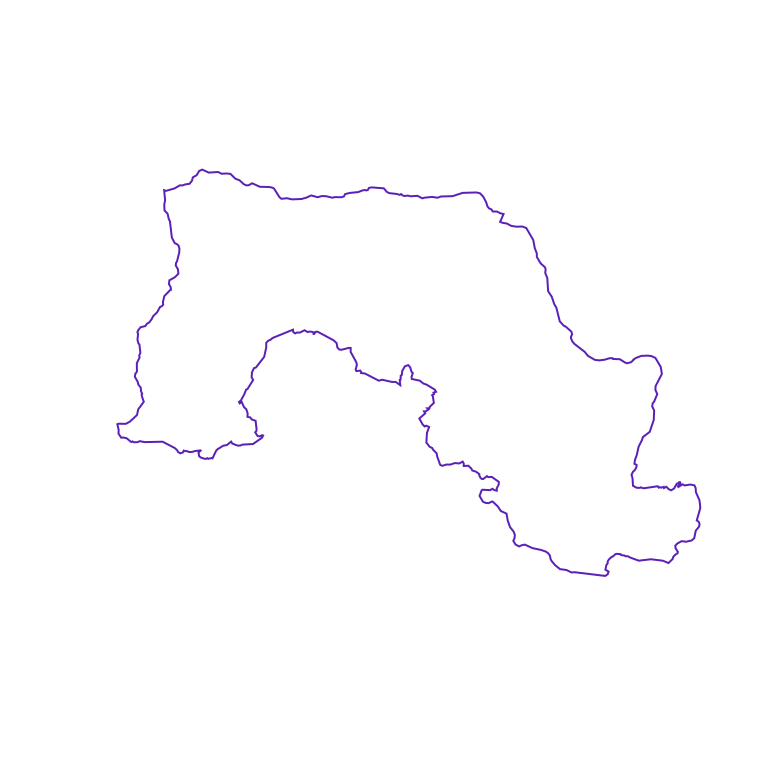 Bulz, Bihor, Romania, rotated 251°
{"feature_id": "2599482B85347677454523", "entity_name": "Bulz", "entity_type": "district", "adm_level": 2, "iso_a3": "ROU", "parent_name": "Romania", "parent_adm1": "Bihor", "projection": "mercator", "projection_center": [22.68, 46.864], "detail": "fine", "context": "isolated", "style": "outline", "palette": "violet", "viewbox_px": 768, "rotation_deg": 251, "n_neighbors": 0, "source": "geoboundaries", "source_scale": "gbopen_adm2", "svg_char_len": 6166}
<svg xmlns="http://www.w3.org/2000/svg" viewBox="0 0 768 768"><g transform="rotate(251 384 384)"><path d="M187.1,644.5L189.2,640.9L190.2,635.3L191.9,633.6L190.8,628.8L191.7,628.7L193.5,631.9L194.6,632.1L195.1,631.2L194.5,630.1L194.4,628.4L190.7,624.2L190.0,620.9L191.8,619.0L194.9,617.5L194.5,614.9L195.7,615.0L195.7,612.4L196.7,611.2L196.5,610.1L198.2,609.5L200.9,595.4L202.7,593.1L202.5,592.1L203.6,589.1L206.7,586.3L213.9,588.3L217.6,588.5L220.0,590.9L220.7,592.7L222.4,594.9L224.1,596.1L225.3,596.5L227.0,594.8L230.4,596.5L234.6,599.9L241.9,604.4L247.1,609.8L249.5,611.4L252.2,619.6L262.1,627.3L271.0,630.8L275.6,630.3L278.3,631.8L279.2,633.5L285.5,639.1L290.1,638.7L293.6,640.1L303.0,650.0L310.1,651.2L320.3,649.1L323.3,646.0L324.9,642.8L326.8,636.4L326.6,630.7L325.9,627.7L325.2,627.3L324.2,624.5L324.4,620.8L325.8,618.9L330.6,615.1L333.1,608.7L334.0,608.5L335.0,605.3L335.1,600.7L336.3,595.1L338.2,591.2L344.2,586.0L349.1,584.2L359.9,577.1L363.0,575.9L366.3,575.7L367.6,576.0L369.8,578.1L372.5,578.2L378.8,574.7L380.7,572.9L386.0,570.6L400.1,571.8L403.9,571.0L412.0,571.0L418.3,569.4L431.1,572.9L436.4,572.6L440.3,574.3L442.2,574.1L447.0,571.4L454.3,569.9L457.9,571.0L463.4,570.8L471.4,572.0L485.2,569.3L487.9,566.0L489.6,560.5L492.0,555.9L495.9,552.2L497.5,549.0L499.5,546.6L505.8,552.4L507.7,549.4L510.2,547.1L511.7,543.0L514.1,542.4L515.9,540.5L518.4,539.6L522.5,539.8L528.9,538.8L533.0,536.9L535.0,533.8L539.1,520.6L539.3,509.9L542.7,499.1L542.7,495.2L545.2,490.5L546.9,483.4L547.1,480.7L551.0,476.9L552.8,470.4L554.4,467.8L555.1,464.5L556.3,462.9L558.0,462.0L557.7,460.5L559.6,457.8L562.7,451.2L564.6,449.3L569.1,447.5L573.9,436.4L574.3,433.6L572.7,431.9L572.8,430.2L573.6,429.2L574.0,427.3L573.9,421.9L575.8,413.9L576.2,409.0L574.4,407.2L574.4,404.8L576.7,398.3L577.0,395.7L580.3,390.6L581.9,386.6L582.2,382.1L586.0,376.5L585.5,371.3L585.8,366.2L588.5,357.2L591.3,352.6L592.5,347.3L594.6,346.0L604.7,343.6L605.9,342.5L607.6,339.7L610.9,330.8L616.7,324.7L616.0,320.6L616.7,318.4L618.7,316.4L623.7,313.7L626.5,310.3L632.7,307.2L634.4,303.4L635.6,299.0L638.5,296.1L640.9,287.2L645.9,281.9L645.6,278.6L642.4,274.8L641.6,270.5L638.8,268.7L636.6,265.3L637.4,261.2L637.4,258.0L638.3,255.7L637.1,249.4L637.6,240.7L638.8,239.2L629.1,236.9L625.1,234.6L619.5,233.0L615.5,234.8L609.8,234.2L607.6,234.6L591.6,231.1L585.3,232.0L583.6,233.8L581.7,234.8L578.7,234.7L575.0,233.2L567.3,228.2L566.2,226.8L563.9,225.7L559.6,226.5L555.2,225.5L553.0,220.9L551.9,214.8L548.5,213.2L545.2,213.8L542.4,213.3L542.3,212.1L538.6,204.9L533.4,201.6L530.8,201.0L529.9,199.3L529.8,197.4L525.6,192.7L523.3,187.8L520.9,185.4L518.6,181.9L518.2,179.5L516.5,177.3L516.9,172.3L515.0,169.3L513.3,167.7L511.5,167.8L506.0,165.3L502.5,165.0L500.9,165.6L492.8,163.8L490.6,161.8L488.6,161.5L484.2,157.1L476.1,154.4L474.5,152.1L471.9,150.8L465.8,151.9L463.5,151.5L459.8,152.8L456.2,151.9L453.5,152.2L453.0,151.4L451.4,151.1L445.4,151.1L440.0,143.3L435.1,140.4L431.1,131.3L430.4,126.9L432.8,120.2L432.8,118.8L427.1,118.2L423.4,116.8L418.7,118.1L418.3,120.1L416.5,123.0L411.7,125.9L411.3,126.6L411.6,127.5L410.3,128.7L409.3,131.9L409.4,134.6L407.0,138.7L401.5,155.9L391.6,165.3L388.7,166.9L386.8,167.1L384.8,168.8L384.7,171.5L386.2,173.0L385.2,174.2L384.8,175.8L383.2,177.4L382.2,180.5L382.2,183.3L381.0,188.8L380.7,189.0L379.6,186.3L375.8,185.7L374.1,186.9L371.5,190.3L371.1,192.2L371.4,192.9L370.4,193.7L370.1,197.3L369.6,197.7L375.4,203.4L376.5,205.3L378.0,212.0L377.4,215.5L379.3,220.7L377.0,221.2L373.4,225.6L372.6,228.1L372.8,230.3L369.9,240.6L372.9,251.1L374.6,252.9L375.3,252.1L375.0,249.8L375.5,248.1L376.2,247.5L380.3,246.5L380.9,247.8L382.4,248.7L391.0,250.6L393.7,247.3L395.9,246.7L397.4,244.2L400.6,245.5L404.9,245.6L407.7,244.1L413.3,243.6L412.7,241.3L414.3,241.1L414.9,243.2L419.8,248.6L423.5,251.7L423.7,253.3L430.4,261.6L433.3,261.0L437.9,262.9L441.3,266.2L441.3,268.3L448.6,279.5L456.8,284.5L461.3,286.1L462.6,288.6L462.7,290.9L463.8,293.8L465.0,315.6L462.8,315.1L460.8,316.4L461.0,318.5L460.0,321.1L460.7,326.4L457.9,328.7L458.0,329.9L457.2,332.2L455.9,334.0L454.3,333.7L454.1,334.5L455.6,336.0L455.2,338.1L441.7,350.6L438.1,352.5L433.8,351.8L431.3,352.8L430.2,355.0L429.6,362.5L428.9,364.2L425.2,362.9L413.7,364.9L410.9,364.6L406.9,361.9L405.2,362.1L404.4,365.9L402.2,366.4L401.8,366.0L400.1,369.4L388.8,380.2L388.6,383.7L383.3,392.3L382.1,395.8L377.6,399.0L382.7,400.2L382.7,401.1L386.4,402.5L386.7,403.7L390.4,405.5L393.9,409.5L394.0,413.0L391.3,414.2L386.5,414.0L385.0,414.8L381.7,412.3L379.7,411.9L375.6,418.8L371.5,421.5L369.8,423.8L362.3,430.1L359.7,430.7L359.7,428.0L358.2,428.1L357.8,425.9L356.6,426.2L349.9,425.0L347.5,419.8L346.3,419.1L346.9,417.0L345.4,417.7L344.5,414.2L345.0,413.0L342.8,413.4L339.9,406.2L333.3,407.3L330.6,408.6L330.9,410.2L328.7,412.7L323.8,408.7L314.9,405.0L309.8,406.7L307.7,408.8L306.1,408.9L301.4,411.2L298.4,410.7L289.3,410.8L287.7,412.3L287.5,417.0L286.2,420.4L286.2,425.2L284.4,429.2L285.0,433.1L282.9,433.5L280.5,432.7L279.3,437.1L275.7,439.0L273.5,439.3L271.2,442.4L267.7,444.8L266.8,444.3L263.8,444.7L262.2,445.7L261.9,447.1L263.4,451.4L262.0,452.2L261.1,455.6L254.1,460.7L251.7,459.8L248.6,456.6L246.4,455.9L247.8,453.7L249.6,452.4L249.1,449.7L252.0,442.6L251.8,441.8L247.1,437.9L240.5,439.2L238.4,441.5L237.3,444.0L237.7,447.8L237.4,448.5L231.3,451.7L225.9,453.1L221.6,457.6L214.3,456.5L207.6,456.6L202.2,458.5L198.7,458.6L195.6,457.1L193.6,455.2L189.4,456.1L186.4,458.9L186.7,461.3L186.3,464.9L180.5,470.9L176.0,478.4L172.8,482.5L170.6,484.1L167.9,485.0L164.1,484.5L161.6,485.0L157.0,486.8L151.7,490.1L148.7,496.0L144.7,500.0L144.1,502.7L130.5,530.7L131.3,533.6L133.5,535.3L136.3,532.9L140.4,535.3L141.6,537.1L143.4,537.7L145.0,539.7L146.4,542.9L146.3,543.8L147.8,547.7L147.6,548.9L146.1,552.3L145.1,552.4L143.5,555.6L142.5,556.3L141.7,558.6L139.8,560.2L134.0,567.4L131.4,579.3L126.1,590.2L122.1,594.7L124.5,599.8L126.5,601.4L127.6,603.5L128.4,606.4L129.6,607.2L134.0,606.2L136.3,606.8L137.7,609.5L138.5,614.1L136.5,618.4L135.9,623.9L137.2,627.1L143.9,631.1L146.5,635.4L148.8,636.8L151.2,636.7L153.2,635.3L163.6,642.6L167.3,643.6L171.4,644.4L180.2,643.7L184.2,644.8L187.1,644.5Z" fill="none" stroke="#5b21b6" stroke-width="2"/></g></svg>